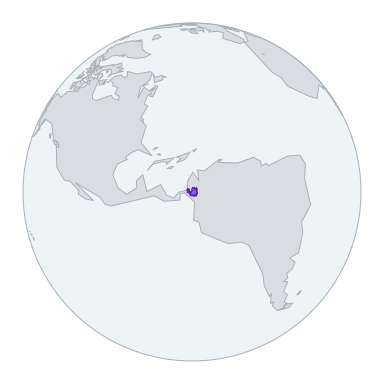 the Earth from above Antioquia, rotated 325°
{"feature_id": "COL-1314", "entity_name": "Antioquia", "entity_type": "Department", "adm_level": 1, "iso_a3": "COL", "parent_name": "Colombia", "parent_adm1": "", "projection": "orthographic", "projection_center": [-75.909, 7.152], "detail": "fine", "context": "on_globe", "style": "filled", "palette": "violet", "viewbox_px": 384, "rotation_deg": 325, "n_neighbors": 0, "source": "natural_earth", "source_scale": "10m", "svg_char_len": 9942}
<svg xmlns="http://www.w3.org/2000/svg" viewBox="0 0 384 384"><g transform="rotate(325 192 192)"><circle cx="192" cy="192" r="169" fill="#eef3f6" stroke="#a8b0b8"/><path d="M185.4,188.5L181.4,186.7L177.5,191.7L163.8,183.5L159.0,173.5L117.7,157.1L113.6,152.0L113.8,143.9L101.9,117.6L106.2,142.1L101.2,137.2L97.6,128.5L100.1,126.3L98.4,113.8L94.2,109.1L95.5,94.2L107.3,76.3L108.3,79.0L111.0,74.9L109.9,71.5L108.5,70.3L116.2,55.5L114.2,48.8L108.0,50.7L113.7,47.6L98.3,54.6L93.7,55.9L102.3,52.1L105.8,50.1L104.4,49.5L107.6,47.5L108.8,46.2L112.9,43.9L117.6,42.5L120.3,41.1L119.1,40.9L122.4,38.9L123.8,39.3L129.7,36.1L138.7,34.2L139.0,39.3L147.4,38.3L156.6,44.0L159.2,42.3L164.3,44.2L169.1,43.1L169.5,45.0L173.0,42.6L171.8,41.1L172.9,39.7L175.7,39.0L176.6,41.1L175.4,41.8L177.0,42.1L176.3,43.5L178.2,42.5L179.0,45.4L182.3,41.7L186.3,43.5L185.7,45.7L180.5,46.4L166.2,55.2L163.9,58.6L166.1,62.2L181.3,66.4L181.1,70.1L184.6,74.5L187.2,71.7L185.3,67.4L191.0,63.7L188.0,59.5L189.9,57.6L189.0,53.3L194.8,53.1L201.0,55.4L202.0,59.1L204.8,60.5L208.4,56.5L214.8,63.8L226.8,69.4L227.8,71.7L221.6,76.1L209.9,76.4L201.7,84.1L212.8,78.5L215.2,85.2L218.0,86.3L221.2,85.8L222.6,83.2L224.6,85.6L214.4,91.5L212.4,89.4L215.7,87.4L210.2,87.8L203.3,92.8L205.1,96.3L192.9,101.6L194.0,104.3L191.9,107.4L191.0,102.5L192.4,111.6L178.4,122.4L180.1,139.6L172.1,126.4L165.5,125.0L157.4,125.4L157.6,128.2L146.8,126.3L137.1,132.3L133.6,146.0L137.3,156.6L149.3,156.9L152.9,150.9L161.6,149.6L155.4,165.8L170.7,168.0L169.2,180.2L173.7,186.4L181.4,184.7L189.3,187.6L194.9,180.4L204.0,176.4L204.3,186.3L209.2,177.1L214.3,181.8L232.2,180.9L230.9,183.2L246.0,194.4L262.1,198.8L265.9,205.8L264.0,210.4L269.5,211.4L269.5,214.3L291.0,217.4L301.6,223.8L301.0,233.9L291.6,246.2L281.8,270.6L264.6,279.4L259.3,288.9L244.5,302.8L234.1,302.2L236.3,308.6L229.8,312.6L222.9,313.0L221.0,317.5L215.9,317.7L218.8,320.5L209.7,326.2L211.4,330.7L204.6,335.0L205.9,337.5L203.6,337.4L201.0,338.3L200.5,339.7L193.7,337.5L192.6,331.8L195.6,328.8L192.5,328.3L198.9,320.5L195.4,322.1L197.5,310.0L203.1,299.6L207.9,268.4L204.5,262.0L191.7,254.7L176.4,230.7L180.6,220.7L177.2,216.0L188.4,201.7L185.4,188.5ZM34.7,141.2L35.9,137.4L35.7,139.8L34.7,141.2ZM36.3,135.1L36.0,136.3L36.2,135.3L36.3,135.1ZM36.3,134.3L36.3,134.8L36.1,134.6L36.3,134.3ZM36.0,133.7L36.2,133.9L36.2,134.0L36.0,133.7ZM179.2,145.5L196.8,153.6L186.9,154.8L188.7,153.2L184.3,149.8L176.0,146.8L167.3,148.8L179.2,145.5ZM36.2,131.7L36.3,131.1L36.6,130.8L36.2,131.7ZM187.0,135.8L183.9,135.2L186.9,135.1L187.0,135.8ZM107.3,70.2L109.5,71.7L109.3,75.8L107.1,74.8L107.3,70.2ZM108.1,63.3L110.1,63.1L106.9,66.9L106.7,65.8L108.1,63.3ZM102.9,52.9L104.0,53.1L101.8,53.7L102.9,52.9ZM108.3,46.4L106.9,47.1L108.1,46.2L108.3,46.4ZM185.8,53.8L187.4,53.6L186.8,54.5L185.8,53.8ZM184.0,52.3L182.2,53.5L181.0,53.0L182.2,52.2L184.0,52.3ZM115.4,42.1L117.7,40.7L116.2,41.8L115.4,42.1ZM186.5,51.0L179.2,52.0L177.2,51.1L180.0,47.7L186.5,51.0ZM119.6,39.7L125.3,36.8L122.7,37.9L133.2,33.7L124.9,37.2L123.4,38.3L122.2,38.5L119.6,39.7ZM170.2,40.9L171.7,42.4L167.9,41.8L170.2,40.9ZM167.5,40.9L154.4,42.1L153.7,39.9L158.2,39.8L155.2,37.8L161.3,36.1L164.3,36.8L163.6,38.5L166.5,36.6L167.5,40.9ZM138.1,32.1L140.1,31.4L138.9,31.9L138.1,32.1ZM173.1,39.1L170.5,39.3L169.7,37.4L174.7,36.5L173.4,37.4L173.1,39.1ZM151.4,38.3L151.7,36.9L156.7,35.1L157.5,34.4L161.4,35.9L151.4,38.3ZM174.9,37.5L177.3,36.2L180.2,36.6L175.6,38.7L174.9,37.5ZM167.4,37.3L167.2,36.4L168.9,36.6L167.4,37.3ZM191.7,38.0L188.6,38.1L187.9,37.0L191.7,38.0ZM177.9,35.7L176.9,35.6L176.3,35.2L178.4,34.5L177.9,35.7ZM164.6,34.7L166.6,34.3L163.3,33.9L166.9,32.8L168.8,34.1L169.5,33.1L170.6,32.8L170.9,34.3L164.6,34.7ZM178.6,32.9L182.4,34.7L188.2,34.7L189.0,35.6L179.4,35.5L178.6,32.9ZM174.1,33.5L177.1,33.3L176.6,34.3L174.2,35.2L174.1,33.5ZM168.6,31.7L162.6,33.0L162.4,32.7L168.6,31.7ZM180.5,32.7L179.5,32.3L180.9,32.5L180.5,32.7ZM172.4,31.6L170.3,32.1L170.1,31.7L172.4,31.6ZM179.4,31.3L180.6,31.7L179.0,32.2L179.4,31.3ZM176.3,31.3L176.5,30.7L177.7,32.1L175.4,31.5L176.3,31.3ZM172.5,31.2L171.7,31.2L173.4,31.1L172.5,31.2ZM184.7,29.4L186.6,31.1L183.1,32.0L181.7,30.2L184.7,29.4ZM204.9,342.1L194.2,338.3L200.3,340.1L205.0,337.9L210.4,340.8L204.9,342.1ZM218.5,336.4L223.7,335.1L224.7,335.7L221.4,336.8L218.5,336.4ZM321.7,83.7L320.4,82.2L317.5,78.9L309.9,72.2L313.3,75.7L320.7,82.6L320.4,82.5L325.1,88.2L321.3,83.8L312.3,76.1L313.2,80.4L322.1,96.6L321.0,99.3L316.4,98.0L305.3,83.7L309.1,79.5L305.2,75.2L297.7,70.5L299.5,69.9L296.9,67.7L297.6,66.3L292.1,60.0L291.9,58.5L283.3,52.3L282.0,50.9L287.5,54.8L291.1,57.0L289.8,54.5L287.7,52.9L282.2,49.3L282.6,49.4L277.4,46.3L275.3,45.0L285.6,51.4L295.5,58.4L304.8,66.2L313.5,74.6L321.7,83.7ZM273.7,44.1L274.0,44.5L267.6,41.1L261.7,38.2L259.7,37.4L269.2,42.3L272.9,44.4L276.0,45.8L286.2,52.5L288.0,54.3L277.6,48.3L279.1,50.5L270.4,45.6L250.1,34.0L244.9,31.7L246.9,32.2L260.6,37.6L273.7,44.1ZM136.9,32.3L133.2,33.7L122.7,37.9L136.9,32.3ZM353.2,242.7L353.7,241.0L354.6,238.0L353.2,242.7ZM359.2,216.4L360.2,197.2L360.2,184.6L359.6,180.1L358.8,182.5L357.5,177.2L356.6,177.9L348.1,187.1L343.0,181.1L331.0,160.1L330.7,150.0L326.3,139.6L320.8,99.9L324.6,100.3L325.9,91.6L326.9,92.2L332.1,99.9L337.0,105.3L343.2,116.6L348.5,128.3L352.9,140.3L356.3,152.7L358.8,165.3L360.4,178.0L361.0,190.8L360.6,203.7L359.2,216.4ZM328.5,118.3L330.0,121.4L328.5,118.3ZM232.8,180.7L235.0,182.6L232.1,182.7L232.8,180.7ZM185.5,158.9L189.2,159.0L191.2,160.5L188.4,161.1L185.5,158.9ZM216.5,158.5L220.7,159.2L216.4,160.1L216.5,158.5ZM199.5,154.6L213.2,158.3L204.7,161.3L196.1,159.2L202.0,158.2L199.5,154.6ZM185.3,141.4L187.6,142.1L186.9,143.8L185.3,141.4ZM189.1,135.8L188.2,135.9L187.1,134.5L189.1,135.8ZM215.8,84.8L216.6,84.4L220.0,84.6L218.5,85.7L215.8,84.8ZM234.1,79.3L237.0,83.4L233.9,81.0L232.5,83.1L224.2,81.1L227.9,72.8L227.7,76.8L234.1,79.3ZM214.1,76.9L219.0,78.6L213.5,77.1L214.1,76.9ZM281.8,58.9L284.2,59.5L287.1,62.2L287.4,65.5L283.1,61.6L281.8,58.9ZM287.0,60.0L276.6,53.9L276.1,52.1L278.1,54.0L278.8,53.4L282.3,56.5L291.9,61.3L295.1,64.1L293.8,67.9L292.5,64.9L290.2,64.2L287.0,60.0ZM251.2,46.1L246.7,44.7L251.3,42.3L254.9,44.0L255.4,47.1L251.4,46.9L251.2,46.1ZM192.8,45.2L190.8,45.8L190.5,45.0L192.0,44.0L192.8,45.2ZM190.3,38.1L201.3,42.7L199.6,43.4L208.1,45.9L206.8,48.8L201.3,46.9L206.7,51.3L201.3,50.9L205.5,53.8L193.4,49.5L188.6,49.6L194.4,48.2L195.7,45.5L194.9,44.3L189.0,41.4L179.5,40.9L179.3,38.6L181.6,37.0L183.9,36.8L183.3,38.3L186.7,36.9L187.6,39.0L190.3,38.1ZM209.5,27.2L207.9,28.0L214.9,27.7L215.9,28.8L216.6,28.7L219.4,29.9L224.1,31.2L223.7,31.7L225.7,32.1L227.6,33.0L230.2,33.8L230.4,35.1L233.6,36.2L231.9,36.3L237.3,37.9L233.4,37.4L235.5,38.9L238.2,38.6L233.3,46.6L234.3,51.1L237.3,55.5L230.2,54.6L222.9,50.3L216.5,45.0L216.5,41.1L213.3,41.7L212.4,40.1L215.3,40.3L210.3,39.1L210.3,37.9L204.6,34.7L197.2,34.3L195.0,33.4L197.9,32.9L193.6,32.3L197.5,31.0L196.0,30.4L198.3,28.8L204.8,28.7L202.6,28.1L204.2,27.1L209.5,27.2ZM185.6,28.9L193.1,28.0L197.3,28.4L191.5,31.2L192.3,31.9L188.7,34.2L182.7,33.8L184.3,33.1L184.4,32.4L186.3,32.8L184.9,31.9L187.0,31.1L186.5,30.3L189.1,30.1L185.6,28.9ZM324.9,88.9L325.1,88.8L324.7,87.8L327.6,91.7L324.9,88.9ZM318.9,83.8L318.6,82.9L322.6,87.4L322.3,87.7L318.9,83.8ZM315.1,78.9L318.3,82.5L316.5,80.8L315.1,78.9ZM286.9,54.0L286.2,53.2L287.4,53.9L289.3,55.4L286.9,54.0ZM230.5,28.5L228.9,28.4L227.9,28.1L222.3,27.3L221.2,26.7L224.1,26.9L230.5,28.5ZM228.3,27.7L226.2,27.4L226.9,27.3L228.3,27.7ZM220.0,26.2L220.4,26.0L220.4,26.5L220.0,26.2ZM213.7,24.5L216.4,24.9L215.7,24.9L213.7,24.5ZM139.2,31.6L140.0,31.4L138.2,32.0L139.2,31.6Z" fill="#d9dde1" stroke="#a8b0b8" stroke-width="1"/><path d="M188.9,188.7L188.9,188.8L189.0,188.9L189.0,189.0L189.3,189.1L189.2,189.3L189.3,189.3L189.2,189.3L189.3,189.4L189.2,189.4L189.0,189.6L189.2,189.8L189.4,189.8L189.5,189.7L189.6,189.3L189.6,189.2L189.6,189.3L189.5,189.2L189.5,188.9L189.5,188.7L189.5,188.3L189.4,188.2L189.2,188.0L189.1,187.9L189.1,187.7L189.4,187.6L189.5,187.6L189.8,187.5L189.8,187.4L190.1,187.2L190.3,187.1L190.4,186.9L190.5,187.0L190.6,187.3L190.7,187.5L190.8,187.6L191.0,187.7L191.1,187.8L191.1,188.0L191.1,188.3L190.9,188.5L190.7,189.0L190.5,189.5L190.4,189.9L190.3,190.3L190.3,190.5L190.5,191.1L190.5,191.3L191.6,191.4L192.1,191.4L192.4,191.0L192.5,190.9L192.8,190.8L193.0,190.7L193.1,190.4L193.3,190.1L193.5,189.9L193.7,189.7L193.9,189.5L194.0,189.4L194.3,189.3L194.5,189.3L194.8,189.3L194.9,189.2L195.0,189.0L195.1,188.9L195.8,189.5L196.0,189.7L196.0,189.8L196.0,190.1L196.2,190.3L196.1,190.5L195.9,190.6L195.9,190.9L195.9,191.0L196.0,191.3L196.3,191.3L196.4,191.1L196.5,191.0L196.5,191.3L196.4,191.4L196.4,191.5L196.4,191.8L196.5,192.1L196.6,192.4L196.8,192.4L196.8,192.5L197.8,191.5L197.8,192.1L197.9,192.3L197.9,192.5L197.6,192.6L197.4,192.8L197.3,193.0L196.7,193.5L196.4,193.7L196.4,194.0L196.5,194.1L196.4,194.2L196.2,194.4L196.2,194.5L195.9,194.7L195.9,194.8L195.8,195.0L195.9,195.3L195.8,195.5L195.7,195.8L195.7,196.0L195.4,196.3L195.2,196.2L194.9,196.2L194.7,196.2L194.6,196.3L194.4,196.4L194.4,196.5L194.3,196.8L194.2,196.8L193.9,197.1L193.8,196.9L193.7,197.0L193.7,196.9L193.7,196.6L193.6,196.4L193.4,196.3L193.2,196.4L193.1,196.2L192.9,196.2L192.9,196.3L192.9,196.5L193.0,196.6L192.9,196.8L192.7,196.8L192.5,196.7L192.3,196.8L192.2,196.9L191.8,196.8L191.7,196.8L191.7,196.7L191.4,196.4L191.5,196.4L191.5,196.2L191.4,196.0L191.3,195.9L191.4,195.6L191.3,195.4L191.2,195.4L191.0,195.1L191.0,194.9L190.9,194.8L190.7,194.8L190.2,194.9L189.8,194.9L189.7,194.9L189.6,194.7L189.4,194.5L189.4,194.4L189.4,194.2L189.4,193.9L189.2,193.8L189.2,193.7L189.1,193.4L188.9,193.3L189.0,193.2L188.9,193.2L189.0,193.0L189.1,192.9L189.3,192.9L189.4,192.7L189.3,192.4L189.5,192.4L190.0,192.4L190.1,192.5L190.2,192.3L190.3,192.2L190.2,191.9L190.2,191.7L189.9,191.5L189.8,191.4L189.7,191.4L189.5,191.1L189.2,190.8L188.9,190.6L188.5,190.2L188.4,190.1L188.5,190.1L188.6,189.9L188.8,189.8L188.8,189.5L188.8,189.4L188.9,189.2L188.9,188.9L188.9,188.7Z" fill="#8b5cf6" stroke="#5b21b6" stroke-width="1.5"/></g></svg>